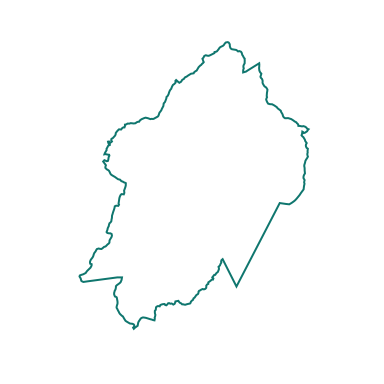 Gentio do Ouro, Bahia, Brazil, rotated 222°
{"feature_id": "56859067B57973057094010", "entity_name": "Gentio do Ouro", "entity_type": "district", "adm_level": 2, "iso_a3": "BRA", "parent_name": "Brazil", "parent_adm1": "Bahia", "projection": "natural_earth1", "projection_center": [-42.563, -11.389], "detail": "fine", "context": "isolated", "style": "outline", "palette": "teal", "viewbox_px": 384, "rotation_deg": 222, "n_neighbors": 0, "source": "geoboundaries", "source_scale": "gbopen_adm2", "svg_char_len": 6045}
<svg xmlns="http://www.w3.org/2000/svg" viewBox="0 0 384 384"><g transform="rotate(222 192 192)"><path d="M212.5,52.5L209.6,56.0L190.5,78.4L186.9,81.7L185.5,79.5L184.7,77.2L184.8,75.7L185.5,72.4L185.5,71.1L184.5,69.9L183.6,68.3L183.4,67.0L182.9,66.1L182.5,65.2L181.6,64.0L180.3,63.2L179.3,62.8L178.4,63.2L177.4,63.3L174.5,61.1L173.6,60.3L172.5,59.0L172.0,57.7L171.0,55.9L170.1,55.3L168.9,55.0L167.7,54.4L166.5,54.1L165.5,53.6L164.1,53.2L161.4,53.1L160.1,53.3L157.7,52.5L155.3,51.8L154.2,51.9L150.2,52.7L147.9,54.3L146.6,54.6L145.7,54.3L145.0,53.3L145.0,51.8L143.7,51.4L143.6,53.1L143.3,54.4L142.9,56.2L144.7,59.2L145.0,60.5L145.4,63.3L145.3,64.5L144.5,66.0L142.9,67.1L141.9,67.7L138.0,69.5L136.5,70.3L135.2,70.8L134.0,71.5L134.8,72.9L135.6,73.5L136.1,74.7L137.0,76.2L138.2,76.9L139.3,77.9L140.1,78.9L140.1,80.2L141.6,82.3L141.3,84.0L140.4,84.9L139.5,85.4L139.9,86.9L139.0,88.6L138.1,89.7L137.4,90.4L136.3,90.1L135.3,90.6L135.1,92.1L135.3,93.2L134.7,94.1L133.4,94.4L132.8,95.3L131.9,95.7L130.6,95.8L130.1,97.1L130.5,98.5L131.1,99.6L129.3,102.0L127.7,101.6L126.7,101.6L125.5,102.0L124.2,101.9L123.3,102.7L122.4,103.1L121.4,103.9L120.9,104.9L119.6,106.8L118.9,107.7L118.9,108.7L119.4,109.7L119.4,111.1L119.1,112.7L119.7,113.9L119.4,115.3L119.6,116.7L119.8,118.4L119.3,120.1L119.7,121.4L120.4,122.2L120.6,123.3L120.1,124.4L119.8,125.7L119.1,127.1L118.0,127.6L117.3,128.9L117.3,130.2L117.9,131.1L118.7,131.9L118.9,133.3L118.4,134.6L119.4,135.7L118.8,138.5L118.7,140.1L117.8,140.9L118.3,142.1L119.8,142.2L120.0,145.3L119.3,146.0L119.6,147.9L119.3,149.9L120.3,152.6L121.1,153.5L122.2,154.1L122.1,156.1L122.7,157.7L123.0,159.2L124.0,160.0L124.5,161.2L124.3,162.6L95.7,151.5L119.4,242.5L114.3,245.9L111.5,247.9L110.7,250.4L110.4,251.7L110.0,253.5L109.8,255.1L109.8,257.3L110.0,261.7L110.4,264.3L110.8,268.6L112.7,271.3L113.9,273.4L115.0,274.1L115.7,275.1L116.3,276.2L117.1,276.5L118.2,276.8L119.0,277.5L119.7,278.5L120.2,279.8L120.5,281.4L122.8,283.5L124.0,284.8L125.0,285.7L126.0,286.4L126.7,287.4L127.6,289.4L128.5,290.9L128.9,292.4L129.1,294.0L129.5,295.8L130.4,296.3L131.7,297.3L132.5,298.8L133.4,299.6L134.9,301.7L136.3,301.5L137.6,302.0L138.4,302.6L139.1,303.6L139.5,305.1L141.8,305.6L143.1,306.4L146.0,307.3L147.0,307.2L148.5,307.4L149.2,309.0L150.4,310.7L149.4,310.9L148.4,310.6L147.7,311.7L147.1,314.2L147.4,315.4L147.4,316.6L148.8,316.1L150.2,316.4L151.7,316.2L153.3,315.5L154.1,314.4L156.1,313.2L157.2,312.3L158.1,313.1L159.1,313.4L160.1,313.3L161.1,313.6L163.0,313.1L164.5,313.0L167.0,312.6L169.9,311.3L172.2,309.1L173.8,308.9L175.3,309.4L176.6,310.3L179.5,311.2L180.4,311.8L184.4,311.5L185.7,311.8L188.7,311.4L191.2,310.8L192.7,309.5L194.5,308.6L196.0,309.0L197.8,309.8L198.8,310.4L199.3,311.4L199.7,312.7L200.6,313.2L202.7,315.9L203.6,317.4L204.5,318.6L205.7,319.0L206.9,319.3L207.9,319.1L209.3,319.1L211.8,319.9L212.7,320.4L213.4,321.3L214.3,322.2L215.8,322.9L216.9,322.9L218.2,323.4L219.6,326.3L221.6,326.6L223.2,327.3L225.1,329.0L225.8,330.0L227.3,331.8L228.2,332.6L232.0,319.4L232.4,317.7L234.0,315.1L235.0,316.2L235.8,317.3L236.3,318.6L237.4,319.2L238.2,320.2L238.6,321.2L239.0,322.9L239.9,323.9L240.7,324.9L241.5,325.6L242.1,326.4L243.3,326.5L245.3,327.3L246.3,327.5L248.4,328.8L249.5,329.0L251.1,328.4L251.8,327.3L253.0,327.3L254.3,327.1L257.9,324.8L258.9,324.6L260.0,324.8L261.5,325.7L262.4,326.7L263.4,327.3L264.7,327.6L265.7,327.3L266.9,325.8L267.0,324.3L266.7,322.7L266.8,321.4L267.9,318.7L268.0,317.3L267.8,316.3L267.6,313.3L268.0,312.3L268.9,311.1L268.3,310.2L269.5,307.1L270.1,305.6L270.7,304.4L271.9,303.5L273.2,302.9L273.9,301.4L273.4,299.5L273.4,298.0L272.0,297.3L271.1,296.7L270.2,296.4L270.1,295.1L270.3,294.1L270.2,292.6L270.5,291.5L270.6,289.2L269.8,285.4L270.3,283.8L270.5,282.5L270.2,281.3L271.9,279.2L273.0,275.3L273.2,274.0L273.8,273.0L273.9,272.0L273.7,270.7L274.3,268.8L273.9,266.7L274.5,264.7L275.9,264.6L278.7,264.6L278.7,263.5L277.4,262.4L277.4,260.5L277.8,258.8L277.5,257.5L277.1,256.2L276.5,254.8L276.5,253.4L276.2,252.1L275.6,250.5L274.9,249.1L274.4,247.3L274.5,245.5L273.7,244.4L272.7,241.9L272.3,240.7L272.3,238.9L270.8,236.7L270.0,233.5L269.5,232.2L269.3,230.5L269.3,229.3L268.0,226.3L267.9,225.3L268.4,223.7L268.9,222.4L269.2,221.3L269.8,220.2L271.0,219.3L271.7,218.3L274.0,217.4L275.3,216.7L276.2,216.2L276.9,215.1L278.2,212.3L278.6,210.3L278.3,208.9L279.0,208.2L279.8,206.7L280.0,205.3L281.2,203.9L283.6,202.2L284.3,200.9L285.7,199.7L286.1,198.2L286.9,197.2L285.9,196.1L285.4,194.8L286.2,194.2L286.6,192.9L286.5,191.0L288.2,189.7L288.3,188.3L288.3,186.5L288.1,184.8L287.3,183.7L286.9,182.5L286.9,179.2L287.4,177.6L286.7,176.4L285.3,176.0L285.4,174.8L286.2,173.7L287.5,174.0L288.1,173.2L287.1,172.5L286.3,172.2L285.1,172.6L284.5,171.8L285.2,170.8L285.1,169.6L284.7,168.5L284.4,166.9L283.5,166.0L282.8,162.6L282.3,161.4L281.5,162.4L279.6,163.4L278.5,164.2L277.7,163.7L277.4,162.5L276.8,161.4L275.8,160.0L275.3,158.7L276.0,157.8L277.0,157.5L278.4,157.0L278.4,155.2L273.9,154.3L273.4,153.1L272.6,152.0L270.6,151.8L268.8,152.2L267.8,152.2L266.4,151.7L264.9,151.0L263.7,150.8L262.3,151.0L259.4,151.6L255.6,152.0L253.7,153.0L251.7,152.8L250.5,153.4L249.4,153.5L248.2,154.0L247.1,154.3L245.5,152.4L244.7,150.8L243.4,147.6L241.7,146.1L241.1,144.6L241.9,144.1L243.0,143.2L243.0,141.8L242.5,140.2L241.9,138.9L238.8,134.2L237.8,133.8L237.5,132.4L239.2,131.1L239.8,129.7L239.0,128.4L238.3,127.0L237.0,123.9L236.3,122.5L235.6,120.9L234.2,119.2L233.3,117.6L232.4,116.3L232.2,115.0L232.4,113.5L231.6,111.8L231.0,110.9L230.7,109.7L230.3,108.5L229.6,107.4L228.7,105.1L227.5,104.9L226.1,105.7L225.0,106.7L223.6,107.0L222.3,106.0L221.6,104.5L221.3,102.7L220.9,100.9L219.5,99.1L219.4,97.9L219.7,96.5L219.7,95.3L219.8,93.7L220.6,92.4L220.9,90.1L221.2,89.0L222.3,88.2L223.6,87.5L224.5,85.9L224.3,84.7L223.9,83.3L223.8,81.4L223.3,79.9L222.6,78.6L222.1,76.9L221.9,74.0L221.4,72.5L220.9,71.6L219.7,70.6L218.3,71.2L217.4,70.1L216.8,67.9L217.1,63.3L217.0,61.9L216.8,60.7L217.8,58.0L218.9,56.2L219.5,54.9L219.0,53.9L216.9,53.3L215.6,52.4L214.7,51.9L213.6,52.1L212.5,52.5Z" fill="none" stroke="#0f766e" stroke-width="2"/></g></svg>